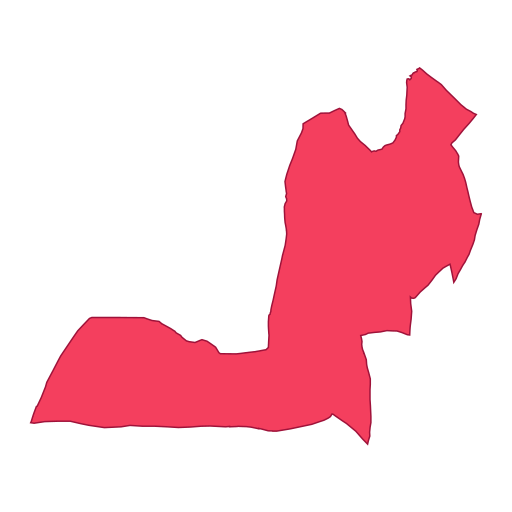 outline of Handeni Mji, Tanga, United Republic of Tanzania
{"feature_id": "72390352B73978463558570", "entity_name": "Handeni Mji", "entity_type": "district", "adm_level": 2, "iso_a3": "TZA", "parent_name": "United Republic of Tanzania", "parent_adm1": "Tanga", "projection": "orthographic", "projection_center": [37.976, -5.441], "detail": "fine", "context": "isolated", "style": "filled", "palette": "rose", "viewbox_px": 512, "rotation_deg": 0, "n_neighbors": 0, "source": "geoboundaries", "source_scale": "gbopen_adm2", "svg_char_len": 5292}
<svg xmlns="http://www.w3.org/2000/svg" viewBox="0 0 512 512"><path d="M303.1,123.8L303.0,128.6L301.5,132.8L297.3,140.9L296.1,147.6L295.8,149.3L292.8,157.8L292.2,159.4L289.8,165.3L286.8,174.3L285.5,179.4L285.3,180.3L285.0,181.5L285.1,182.5L285.6,186.9L285.7,187.6L286.0,189.6L286.2,191.5L286.6,193.5L286.0,195.6L285.8,196.2L285.7,196.6L286.3,198.1L286.6,198.7L286.7,200.5L286.7,201.0L286.3,201.7L286.1,202.0L285.1,203.7L285.1,203.8L284.3,207.0L284.4,208.3L284.4,211.3L284.6,214.7L284.6,215.1L284.7,217.9L285.1,222.4L285.8,226.0L286.3,228.9L286.4,230.4L286.5,230.4L286.5,230.5L286.7,234.0L286.2,238.5L285.2,245.3L284.8,246.9L282.7,254.8L282.6,255.0L281.8,259.0L278.6,273.1L277.1,279.9L276.9,281.4L276.6,283.4L276.5,284.3L276.2,286.2L274.2,295.2L273.1,300.3L272.3,303.5L271.9,305.1L271.5,306.9L271.2,308.5L271.0,309.3L270.8,311.7L270.4,312.5L270.1,313.9L270.0,314.4L269.2,314.9L268.9,315.5L268.8,316.0L268.4,321.6L268.4,326.0L268.5,328.3L268.8,333.1L269.0,335.1L269.0,335.5L268.6,342.4L268.6,342.7L268.6,343.7L268.6,343.8L268.5,344.0L268.5,344.6L268.5,345.0L268.4,346.4L268.4,347.5L268.2,347.6L267.2,348.6L265.9,349.8L265.0,349.9L260.5,350.7L259.7,350.9L256.0,351.5L255.3,351.7L254.0,351.8L251.4,352.1L248.7,352.4L247.3,352.6L245.4,352.8L240.9,353.4L236.3,353.9L226.4,353.8L220.3,353.7L219.6,353.2L218.9,352.7L215.6,347.2L211.1,344.0L207.0,341.2L202.0,339.7L201.9,339.7L199.8,340.5L197.2,341.6L195.0,342.5L193.6,342.3L189.2,341.7L186.9,341.0L186.4,340.9L181.9,337.2L180.6,335.4L179.2,334.6L176.2,332.9L175.1,331.6L174.8,331.2L173.9,330.7L170.7,328.6L162.3,324.0L162.1,324.0L162.1,323.9L161.0,323.1L160.2,322.4L159.0,321.4L155.0,320.9L152.0,320.5L147.8,319.1L146.0,318.5L145.9,318.4L143.9,317.7L130.8,317.6L128.7,317.6L118.9,317.5L114.0,317.5L109.9,317.5L109.0,317.5L104.3,317.5L98.8,317.5L97.8,317.5L92.5,317.5L91.8,317.5L89.8,318.3L89.4,318.5L83.4,324.8L78.8,329.7L77.7,330.9L75.2,334.5L72.8,338.0L61.0,355.5L60.5,356.3L60.3,356.7L58.1,360.8L53.9,368.9L52.6,371.4L50.1,376.1L46.8,382.3L45.5,386.9L45.1,387.9L41.3,397.5L39.7,400.9L37.2,406.2L36.4,406.5L34.6,411.3L33.9,413.2L33.9,413.4L33.7,413.8L33.0,415.8L33.0,416.1L32.7,416.8L31.3,421.4L30.7,422.7L34.1,423.2L44.7,421.6L57.7,421.2L70.2,421.2L81.0,423.7L88.9,425.3L104.4,427.6L121.2,426.8L130.0,425.4L142.7,426.2L154.6,426.2L167.3,426.8L178.5,427.5L190.8,427.0L201.1,426.2L210.2,426.0L225.7,426.8L229.6,426.4L229.6,426.8L229.6,426.7L229.6,426.8L237.2,426.5L238.0,426.3L240.1,426.4L242.7,426.5L246.3,426.6L250.9,427.1L256.7,428.3L258.7,428.8L258.7,428.4L261.5,429.0L268.2,430.8L272.0,430.9L272.1,431.3L272.1,431.1L272.3,431.1L276.8,431.1L290.5,428.8L311.8,424.3L319.7,421.6L324.0,420.2L328.2,418.1L330.4,416.6L332.0,414.0L333.0,414.2L335.2,415.8L342.4,420.8L346.5,423.5L355.8,431.2L362.8,439.2L363.4,439.8L367.6,444.1L368.4,440.6L369.8,436.1L369.6,432.2L370.1,427.2L370.9,422.6L370.9,416.6L370.4,405.5L370.0,399.6L370.0,398.2L370.0,389.4L370.3,384.4L370.3,378.9L368.7,372.7L367.3,367.9L366.8,365.4L366.6,364.1L366.3,359.7L365.6,357.7L363.8,352.6L363.7,352.7L363.6,352.1L362.6,349.6L362.0,346.9L361.7,344.3L362.0,341.6L361.5,338.6L360.7,335.5L365.4,334.5L368.3,333.1L369.5,333.0L374.4,332.4L379.2,332.0L380.4,331.9L386.9,330.6L393.0,330.9L393.4,330.9L397.0,331.0L401.8,332.5L407.3,334.7L409.7,335.0L409.9,330.5L410.1,327.5L410.3,325.5L411.1,319.2L411.7,311.3L410.7,303.7L410.4,297.0L411.6,298.1L413.6,298.3L415.0,297.8L415.9,296.9L420.2,292.0L424.8,287.9L427.9,285.3L428.0,285.2L431.3,281.0L432.0,280.1L435.5,275.2L439.3,271.5L439.9,271.0L443.0,268.1L446.1,266.3L450.0,264.2L450.3,265.3L451.8,272.0L453.2,279.0L453.8,282.3L456.1,278.7L458.0,273.8L460.5,269.5L462.5,265.8L464.1,263.3L464.9,262.2L467.4,257.2L469.0,254.4L470.4,250.4L472.9,244.3L474.4,239.9L475.1,235.5L476.8,229.9L478.8,224.2L479.4,221.0L479.7,219.4L481.1,214.5L481.3,213.8L481.2,213.7L477.7,214.2L477.3,214.3L476.8,214.0L473.8,212.6L473.0,210.5L473.0,210.4L471.7,207.0L470.1,201.0L468.8,195.7L468.0,192.1L466.8,187.3L466.2,184.5L465.6,182.0L464.6,178.6L463.1,174.5L461.4,171.1L459.3,166.8L458.8,165.0L458.4,162.0L458.6,158.4L458.7,156.1L457.9,154.4L455.6,150.6L452.5,146.9L451.4,145.4L450.9,144.8L451.5,143.7L451.9,142.9L455.4,139.9L459.4,134.8L463.7,129.4L469.2,123.3L473.1,118.6L476.3,114.5L473.5,113.3L470.8,111.5L466.4,109.2L460.9,104.7L454.2,98.0L446.4,90.4L441.4,84.7L438.1,82.2L437.3,81.7L431.2,77.3L426.7,73.9L422.6,70.2L421.6,69.4L419.6,67.9L419.0,68.4L418.2,68.8L416.9,69.4L417.3,70.2L416.9,71.6L415.1,72.0L414.3,72.8L413.5,72.8L412.9,73.5L412.1,74.9L411.0,75.3L410.0,75.9L411.4,76.9L411.2,78.4L409.8,79.8L408.8,78.8L407.2,79.0L406.8,80.4L406.6,82.6L407.2,87.3L407.0,90.8L406.8,95.1L406.2,100.2L406.0,104.7L406.0,108.8L405.1,113.5L405.1,116.8L404.7,118.8L402.9,123.3L401.1,125.5L400.7,128.0L399.8,129.8L399.8,131.7L397.8,134.5L396.4,135.6L396.4,137.2L395.0,140.1L392.9,142.9L390.1,144.1L386.6,145.0L385.0,145.6L383.4,147.0L381.9,149.2L379.7,149.7L377.9,150.1L376.0,151.3L374.2,150.9L371.6,151.7L371.5,151.8L370.0,150.2L369.4,149.6L366.3,146.6L365.3,145.6L360.3,141.5L357.3,138.1L354.7,133.8L352.5,130.7L351.7,129.5L348.6,125.1L347.6,121.2L346.2,116.2L344.8,112.5L345.0,112.5L344.9,112.4L343.1,110.6L341.9,109.5L339.4,108.4L334.5,110.6L329.3,113.1L324.9,113.1L320.6,113.2L309.1,120.2L306.7,121.6L303.1,123.8Z" fill="#f43f5e" stroke="#9f1239" stroke-width="1.5"/></svg>